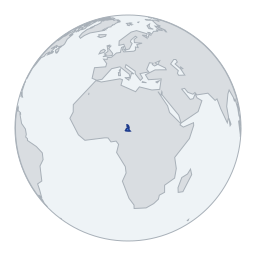 the Earth from above Extrême-Nord
{"feature_id": "CMR-1462", "entity_name": "Extrême-Nord", "entity_type": "Province", "adm_level": 1, "iso_a3": "CMR", "parent_name": "Cameroon", "parent_adm1": "", "projection": "orthographic", "projection_center": [14.611, 11.501], "detail": "fine", "context": "on_globe", "style": "filled", "palette": "blue", "viewbox_px": 256, "rotation_deg": 0, "n_neighbors": 0, "source": "natural_earth", "source_scale": "10m", "svg_char_len": 9125}
<svg xmlns="http://www.w3.org/2000/svg" viewBox="0 0 256 256"><circle cx="128" cy="128" r="113" fill="#eef3f6" stroke="#a8b0b8"/><path d="M92.5,21.1L89.5,22.2L89.9,22.1L87.3,23.1L89.9,22.3L92.2,21.5L94.1,20.9L94.6,20.9L91.3,22.0L90.6,22.2L89.9,22.6L88.1,23.2L89.3,22.9L85.3,24.4L89.9,23.0L87.2,24.4L84.4,25.4L83.9,25.1L76.2,28.0L73.2,29.6L69.4,31.8L64.1,35.9L61.1,38.0L57.7,40.9L59.6,39.6L63.1,36.9L65.9,35.7L69.7,32.9L71.5,32.2L75.7,29.8L75.9,30.4L73.8,32.5L70.2,34.7L69.2,35.8L73.2,34.2L67.3,39.1L64.6,44.0L62.9,45.5L58.5,46.9L56.8,45.4L51.1,48.7L55.6,47.0L51.5,51.2L51.2,52.3L51.9,52.5L53.8,51.2L52.5,52.9L47.6,54.8L48.7,53.3L50.2,52.6L49.4,52.0L46.0,54.0L44.2,56.3L41.1,57.8L39.7,59.5L38.3,61.1L40.7,58.0L36.4,63.7L32.4,68.4L26.5,79.2L27.6,76.9L31.5,69.9L35.8,63.2L40.6,56.9L45.9,50.9L51.6,45.3L57.6,40.1L64.0,35.3L70.7,31.0L77.7,27.2L85.0,23.9L92.5,21.1ZM16.7,110.5L16.7,110.9L17.5,107.0L18.2,105.6L17.0,112.0L18.4,106.8L18.1,110.5L20.4,112.6L19.9,113.9L21.6,123.5L25.4,129.0L26.3,134.3L25.7,137.0L27.4,138.6L27.5,140.5L36.3,146.5L42.3,152.9L43.1,159.6L40.0,166.0L41.8,181.0L37.6,183.9L39.6,189.8L41.6,197.2L38.6,195.0L42.6,200.0L43.6,201.9L42.5,201.2L45.1,204.2L44.4,203.5L46.8,206.1L47.5,206.8L42.0,200.7L36.9,194.2L32.3,187.4L28.2,180.2L24.6,172.7L22.4,167.2L20.7,162.4L20.6,161.9L18.3,153.6L16.7,145.1L15.7,136.4L15.4,127.8L15.7,119.1L16.7,110.5ZM24.7,83.1L22.4,90.2L22.1,89.6L22.5,88.9L23.4,86.2L24.0,84.8L24.7,83.1ZM27.4,77.8L27.6,77.0L27.6,77.3L27.4,77.8ZM75.3,29.6L75.5,29.7L74.6,30.1L75.3,29.6ZM77.0,28.6L75.9,29.0L76.5,28.6L77.2,28.3L77.0,28.6ZM78.3,28.2L77.8,27.8L78.9,27.1L82.5,25.7L78.3,28.2ZM92.7,21.2L90.3,22.1L91.9,21.4L92.7,21.2ZM102.9,18.2L103.2,18.1L100.8,18.7L98.2,19.4L100.5,18.9L93.3,20.9L94.5,20.5L102.9,18.2ZM95.0,20.7L98.4,19.5L98.8,19.7L97.6,19.9L95.0,20.7ZM106.0,17.5L103.5,18.1L103.4,18.1L106.0,17.5ZM97.1,20.2L98.9,19.8L97.8,20.3L95.1,20.8L97.1,20.2ZM99.1,19.3L100.7,18.8L99.9,19.1L99.1,19.3ZM94.7,22.4L94.8,22.0L96.5,21.5L94.7,22.4ZM99.7,19.7L100.1,19.5L100.7,19.3L101.7,19.2L99.7,19.7ZM104.8,17.8L106.8,17.4L107.8,17.3L104.5,18.0L106.4,17.7L106.7,17.7L103.6,18.3L104.8,17.8ZM104.7,18.6L100.8,19.8L100.3,20.5L98.8,21.0L99.8,19.7L104.7,18.6ZM104.3,18.3L104.2,18.5L102.3,18.9L101.3,19.0L104.3,18.3ZM109.8,17.0L109.0,17.0L109.7,16.9L109.8,17.0ZM104.9,18.7L105.8,18.4L105.1,18.7L104.9,18.7ZM108.7,17.4L108.3,17.4L109.2,17.2L108.7,17.4ZM108.0,18.0L106.8,18.3L106.0,18.3L108.0,18.0ZM108.6,17.6L109.9,17.4L106.5,18.1L108.3,17.6L108.6,17.6ZM109.6,17.3L110.0,17.1L109.6,17.3L109.6,17.3ZM111.6,17.9L107.5,18.8L105.8,18.7L110.1,17.9L111.6,17.9ZM60.5,218.2L60.3,218.0L61.3,218.7L61.6,219.0L61.1,218.6L60.5,218.2ZM232.6,86.3L232.4,85.7L234.0,90.2L236.1,96.3L239.0,108.6L239.4,111.3L239.0,108.8L237.2,104.1L238.7,112.4L240.1,118.0L240.6,125.7L240.3,123.9L239.6,117.3L238.9,115.5L237.8,108.3L234.9,98.6L234.5,101.4L233.3,97.3L229.1,90.0L227.9,93.9L226.7,106.6L228.6,117.4L227.3,122.8L220.7,108.7L217.0,98.9L215.1,100.4L207.9,93.2L196.9,94.9L194.9,92.5L192.9,94.2L187.8,92.3L184.6,88.4L181.7,89.1L190.2,99.4L193.2,98.7L195.2,93.9L197.0,97.8L201.9,100.7L198.1,111.6L181.1,123.0L178.7,115.1L162.0,94.7L162.1,92.2L161.8,91.5L161.0,95.6L157.9,91.6L167.6,105.9L169.5,112.4L180.8,123.6L180.0,124.9L183.4,127.1L193.5,122.7L193.7,125.4L189.4,138.6L174.7,157.4L176.3,168.5L174.6,178.1L164.6,185.2L164.6,192.3L159.3,195.2L158.4,199.2L153.7,203.6L146.1,207.9L134.1,208.5L134.0,205.0L129.0,198.3L122.4,181.2L126.1,173.0L125.3,166.6L116.6,152.5L118.6,144.4L116.1,141.1L111.0,141.9L108.0,137.9L104.9,137.8L84.9,140.3L78.4,134.8L69.9,118.3L73.2,112.0L73.3,104.6L95.9,80.6L101.4,82.0L120.0,78.8L122.5,79.7L121.0,85.2L135.6,91.7L139.4,86.9L151.9,90.0L159.7,89.4L161.2,78.9L148.4,79.7L145.4,74.8L155.1,69.9L166.2,69.8L165.4,68.0L157.8,64.3L159.7,60.8L155.1,62.8L157.4,64.5L154.6,66.0L152.3,64.5L153.0,63.3L149.5,62.7L146.7,69.4L148.8,71.9L140.0,73.6L142.6,78.1L140.4,80.4L135.2,73.8L135.2,71.2L126.0,64.6L125.1,67.3L133.8,73.9L131.4,73.5L130.3,77.8L129.2,74.2L120.0,66.8L111.6,68.7L102.0,79.3L96.8,80.3L92.1,78.3L94.5,67.7L105.7,66.8L106.7,63.6L103.5,59.1L107.2,59.4L107.3,57.6L111.4,57.3L116.4,53.0L120.4,52.5L121.5,47.4L123.8,46.6L122.5,49.8L123.8,51.9L133.8,51.2L135.5,50.1L135.4,47.0L138.1,47.5L136.8,44.6L142.1,43.2L134.4,42.6L134.1,39.5L136.9,37.2L135.4,36.2L130.9,40.1L130.4,41.9L132.1,43.5L129.4,48.9L126.1,49.9L123.8,44.3L118.9,45.4L119.2,41.0L131.1,32.1L136.5,30.6L147.2,33.8L146.5,35.5L142.2,35.1L146.9,38.1L146.2,36.6L148.5,37.1L148.7,34.7L150.4,35.1L147.9,32.4L149.9,32.6L151.5,34.2L153.6,31.3L157.6,31.3L157.3,30.6L155.9,29.8L162.0,30.5L161.5,30.0L159.3,29.5L156.9,28.1L155.0,26.1L157.2,26.5L158.2,27.3L163.6,29.6L165.8,31.9L166.5,31.9L165.1,30.0L158.6,27.1L156.8,25.8L160.1,27.0L158.7,26.5L158.6,26.0L160.4,25.9L156.9,24.7L152.0,20.2L155.2,20.1L158.6,21.3L157.5,19.7L161.1,20.5L159.1,19.9L157.2,19.2L156.0,18.9L154.9,18.7L153.7,18.3L161.8,20.5L169.6,23.3L177.2,26.7L184.6,30.6L191.6,35.0L198.3,40.0L204.6,45.4L210.5,51.3L215.9,57.6L220.9,64.3L225.4,71.3L229.3,78.7L232.6,86.3ZM89.0,92.8L88.6,95.0L89.0,92.8ZM178.7,75.3L184.8,75.1L180.8,69.1L182.8,68.6L180.7,66.9L180.5,68.7L175.1,64.0L177.3,62.0L175.9,59.5L173.7,59.5L170.6,64.0L178.3,70.6L177.4,73.3L178.7,75.3ZM20.5,112.6L20.6,114.1L20.1,113.8L20.5,112.6ZM21.3,92.0L21.2,92.6L20.8,93.8L20.7,93.8L21.3,92.0ZM22.3,96.0L22.6,97.1L21.9,97.0L22.3,96.0ZM22.2,91.2L22.1,95.4L20.9,96.1L21.1,93.6L21.4,93.8L22.2,91.2ZM25.7,81.0L25.4,81.7L25.0,82.8L25.7,81.0ZM27.3,78.0L27.8,77.0L27.3,78.0ZM51.8,51.1L52.2,51.0L52.5,51.6L51.6,52.0L51.8,51.1ZM58.6,50.8L56.5,53.6L57.4,51.7L55.7,52.7L55.4,50.2L62.1,46.1L59.1,48.3L58.6,50.8ZM56.9,46.3L56.3,48.0L56.7,46.3L56.9,46.3ZM103.7,49.3L105.4,50.3L104.2,52.3L99.0,53.9L100.7,50.9L103.7,49.3ZM108.0,51.3L107.1,45.8L110.3,44.9L108.6,46.3L110.8,46.2L108.8,48.5L112.7,53.4L112.0,55.5L102.9,56.7L106.3,55.0L104.4,54.0L108.0,51.3ZM99.1,36.3L98.8,34.7L106.1,34.6L105.6,36.2L100.4,37.6L98.0,36.7L99.1,36.3ZM84.8,26.1L84.2,26.1L85.1,25.7L86.3,25.4L84.8,26.1ZM94.6,22.3L88.4,26.0L87.4,26.1L85.0,28.6L81.3,29.9L83.0,28.1L78.4,31.2L78.5,30.2L75.7,32.3L79.8,28.3L79.7,27.8L81.2,27.8L84.6,26.6L86.0,25.9L89.9,23.7L91.2,22.3L94.8,21.1L96.9,20.7L97.1,20.9L94.7,21.5L96.7,21.3L93.5,22.3L94.6,22.3ZM119.7,20.8L116.9,20.7L120.3,21.9L117.1,22.4L117.7,22.5L115.6,23.4L114.2,24.7L112.6,24.8L112.7,25.3L111.3,26.0L111.0,26.8L108.0,27.3L107.3,28.4L106.3,28.1L105.9,29.8L104.9,28.8L103.0,29.9L105.0,30.3L89.9,33.0L84.4,35.5L80.4,38.3L79.2,36.6L82.2,33.1L87.3,29.4L92.8,27.5L91.3,27.3L93.5,26.4L93.8,26.9L94.6,25.6L96.5,25.1L101.0,22.8L101.1,21.5L102.7,20.8L103.7,21.0L104.7,20.2L107.6,20.2L108.8,19.8L112.9,19.5L114.0,20.5L115.3,19.9L118.5,19.9L119.7,20.8ZM112.7,17.8L114.7,18.5L113.9,19.2L107.1,19.4L105.6,19.8L101.2,20.3L102.4,19.4L103.6,19.3L105.0,19.0L104.0,19.4L105.8,18.9L107.5,18.8L109.3,18.5L109.5,18.7L112.7,17.8ZM124.8,77.5L126.7,77.7L129.4,77.3L128.8,80.2L124.8,77.5ZM118.4,72.5L120.0,72.1L120.5,75.6L118.6,75.6L118.4,72.5ZM120.5,69.1L120.1,71.8L119.2,70.3L120.5,69.1ZM123.9,49.3L125.5,48.9L125.9,49.6L125.1,50.7L123.9,49.3ZM129.1,25.7L127.6,25.2L128.0,24.9L126.5,23.4L128.8,23.2L130.6,23.9L129.1,25.7ZM159.2,80.8L157.2,82.9L155.9,82.0L156.9,81.5L159.2,80.8ZM142.4,81.6L146.5,82.7L142.2,82.4L142.4,81.6ZM131.4,25.1L130.5,24.5L132.2,24.7L131.4,25.1ZM130.4,22.9L132.3,23.1L128.9,23.0L130.4,22.9ZM188.5,219.5L188.2,220.4L186.9,220.8L188.5,219.5ZM191.7,174.6L182.9,191.7L178.2,192.4L178.0,187.7L181.8,177.5L187.5,174.0L190.5,169.1L191.7,174.6ZM240.3,136.8L240.3,134.6L238.6,121.1L239.3,120.7L240.6,128.1L240.6,129.8L240.6,131.0L240.3,136.8ZM229.0,118.3L231.0,124.2L230.1,125.7L229.0,118.3ZM234.2,90.5L234.0,89.9L234.2,90.5ZM149.6,24.0L149.1,26.1L150.3,28.0L153.3,29.2L148.9,28.6L147.0,25.7L149.6,24.0ZM151.5,20.5L148.8,19.7L150.0,19.7L150.8,19.9L151.5,20.5ZM149.8,20.3L146.4,20.1L144.9,19.4L147.9,19.7L149.8,20.3ZM138.9,22.0L138.6,22.6L137.3,22.3L138.9,22.0ZM154.3,18.5L152.9,18.2L153.3,18.2L154.3,18.5ZM149.0,17.3L149.6,17.5L148.1,17.2L149.0,17.3ZM151.0,18.0L149.4,17.5L152.2,18.2L151.0,18.0Z" fill="#d9dde1" stroke="#a8b0b8" stroke-width="1"/><path d="M127.8,125.1L127.8,125.3L127.9,125.5L128.0,125.5L128.3,125.7L128.3,125.8L128.5,126.0L128.6,126.4L128.6,126.5L128.6,126.8L128.8,126.8L128.9,127.0L128.8,127.3L129.0,127.4L129.0,127.5L128.9,127.5L128.9,127.8L129.0,127.9L129.0,128.0L128.9,128.1L128.9,128.3L128.8,128.5L128.8,128.8L128.8,129.0L128.9,129.3L129.0,129.7L129.0,129.8L129.1,130.0L129.3,130.2L129.3,130.3L129.6,130.6L129.8,130.8L130.0,130.9L130.1,131.0L129.6,131.1L129.2,131.0L128.9,131.0L128.6,131.0L128.3,131.1L128.2,131.1L127.7,131.0L127.2,131.0L127.2,130.9L126.9,130.8L126.9,130.7L126.7,130.6L126.4,130.5L126.2,130.5L126.0,130.8L125.9,130.8L125.7,130.8L125.6,130.7L125.8,130.6L125.7,130.5L125.8,130.3L125.9,130.0L125.9,129.7L126.0,129.6L126.3,129.1L126.4,128.9L126.5,128.8L126.5,128.7L126.8,128.4L126.9,128.5L127.1,128.5L127.3,128.4L127.5,128.2L127.8,128.1L128.0,128.0L128.0,127.9L128.0,127.7L127.9,127.6L128.0,127.4L128.0,127.2L128.0,126.9L128.1,126.7L127.9,126.6L127.8,126.4L127.6,126.3L127.2,126.3L127.2,126.2L127.2,125.9L127.1,125.4L127.0,124.9L127.6,124.9L127.8,125.1Z" fill="#3b82f6" stroke="#1e3a8a" stroke-width="1.5"/></svg>